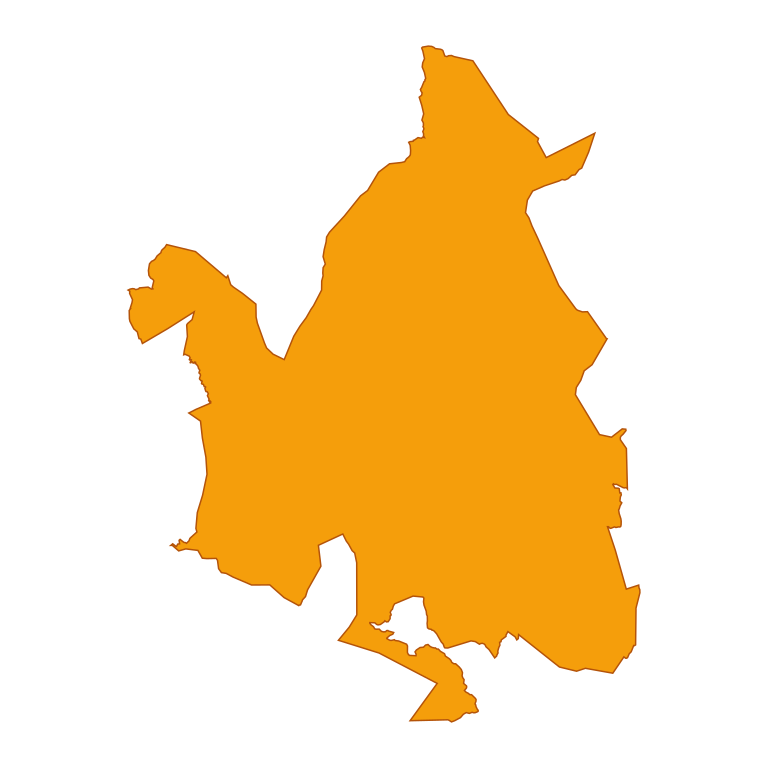 outline of Santiago Juxtlahuaca, Oaxaca, Mexico
{"feature_id": "50627088B28007976268142", "entity_name": "Santiago Juxtlahuaca", "entity_type": "district", "adm_level": 2, "iso_a3": "MEX", "parent_name": "Mexico", "parent_adm1": "Oaxaca", "projection": "natural_earth1", "projection_center": [-98.042, 17.208], "detail": "fine", "context": "isolated", "style": "filled", "palette": "amber", "viewbox_px": 768, "rotation_deg": 0, "n_neighbors": 0, "source": "geoboundaries", "source_scale": "gbopen_adm2", "svg_char_len": 6102}
<svg xmlns="http://www.w3.org/2000/svg" viewBox="0 0 768 768"><path d="M410.1,720.7L447.8,719.8L448.9,720.2L451.5,721.9L454.7,720.7L460.5,717.6L463.3,714.3L466.2,712.6L469.4,713.4L472.1,712.3L473.8,712.8L475.2,712.7L477.7,711.7L478.2,711.1L478.1,710.2L477.3,709.3L476.0,706.6L475.7,704.8L475.2,704.3L475.1,703.4L475.9,701.5L476.1,699.7L475.5,698.5L471.6,694.7L469.7,694.6L468.5,693.4L466.1,692.2L464.4,690.5L466.4,688.1L466.7,686.9L466.5,685.9L463.6,683.4L464.1,679.7L462.7,677.6L462.1,675.8L462.5,672.7L461.3,669.5L459.3,667.1L455.7,663.8L453.8,663.7L451.8,662.4L450.9,660.4L449.3,658.7L445.4,656.1L444.5,653.7L440.4,651.3L438.4,649.1L436.7,649.0L435.4,647.9L434.6,648.0L432.0,647.4L430.2,646.5L428.0,644.5L425.5,645.1L423.5,647.2L420.1,647.5L416.4,650.0L415.0,651.9L416.1,654.2L416.0,655.7L409.4,655.4L408.1,654.0L407.4,652.4L407.5,646.0L406.6,644.2L398.7,641.0L395.1,640.5L394.4,639.7L391.6,640.4L389.9,640.3L386.8,638.6L386.9,638.0L389.8,635.5L392.8,634.2L393.7,632.5L388.4,631.0L387.9,630.5L386.6,630.6L385.6,631.7L383.7,631.9L381.5,631.4L379.2,629.1L376.0,629.2L374.7,628.8L373.5,626.7L371.0,624.8L369.8,623.3L369.8,622.6L374.8,622.8L376.6,624.4L378.0,624.9L380.4,624.5L384.3,621.7L384.8,620.8L386.4,621.9L388.2,621.7L390.1,618.7L390.1,615.9L390.9,615.5L391.1,614.5L390.2,612.3L391.4,610.1L392.4,609.3L393.3,606.1L394.6,603.8L413.0,596.1L422.9,597.0L423.9,598.1L423.5,601.8L424.0,605.1L426.2,611.1L426.6,614.7L427.3,615.9L427.4,620.8L427.1,623.4L427.5,627.8L428.9,628.9L431.4,629.4L432.0,630.2L432.7,630.2L434.1,631.0L436.7,633.9L441.3,642.0L443.2,644.1L444.2,647.0L444.9,647.9L447.8,648.0L471.0,640.9L475.3,641.6L479.4,644.2L480.8,643.5L482.4,643.3L484.2,644.0L485.1,644.9L486.0,646.8L489.0,649.5L494.7,657.9L496.7,656.0L496.8,655.2L498.0,653.0L497.8,651.1L498.8,647.5L499.9,645.2L499.6,642.3L501.0,641.7L501.3,639.9L506.0,636.4L506.0,635.1L507.9,631.6L515.1,636.8L516.8,639.9L518.3,638.6L518.6,634.6L559.4,667.0L576.6,671.2L585.4,668.3L612.8,673.2L623.9,656.9L625.5,658.2L626.7,658.2L627.6,657.5L629.2,653.8L631.2,651.8L633.7,645.5L634.4,645.7L635.6,644.9L636.0,608.1L639.9,592.8L639.8,589.7L639.0,587.8L638.7,585.1L626.3,589.1L615.3,550.2L607.5,526.7L608.4,526.7L610.1,528.3L610.9,528.3L614.5,526.9L615.9,527.5L618.5,526.9L619.9,527.0L620.7,526.5L621.1,524.9L621.2,521.4L620.9,518.9L619.2,513.6L618.7,510.5L618.7,509.6L619.2,509.0L620.1,505.9L621.8,502.8L620.0,501.1L620.0,500.2L620.4,496.8L621.3,494.9L620.9,492.8L619.8,492.9L619.2,488.7L618.3,488.2L614.9,488.0L612.8,484.5L613.4,483.8L614.1,484.4L616.6,484.3L623.0,487.6L624.3,487.9L626.4,487.6L627.4,488.9L626.4,448.5L620.4,439.8L620.3,438.2L620.4,437.2L621.1,436.0L623.2,434.1L626.0,430.6L625.8,429.2L622.2,428.9L611.5,437.2L599.5,434.6L575.4,394.7L576.3,387.5L580.8,380.3L584.2,370.8L592.1,364.7L607.1,338.8L606.5,338.7L587.5,311.7L582.4,311.9L577.4,310.2L575.7,308.7L558.8,285.6L537.7,238.1L532.0,226.0L528.9,217.8L525.5,212.7L527.4,200.1L532.7,191.0L544.6,185.8L559.3,180.9L562.0,179.5L564.9,180.0L568.0,178.7L571.8,175.3L575.1,174.8L579.0,169.6L581.7,168.1L588.6,152.1L594.8,133.2L546.2,157.6L537.5,141.6L538.5,138.4L508.3,114.5L472.9,60.8L454.1,56.6L451.5,55.5L448.6,55.7L446.9,56.6L444.8,56.0L442.9,50.6L441.8,49.7L440.3,49.2L435.3,48.6L433.9,47.4L431.7,46.4L428.3,46.1L422.5,47.1L421.7,48.0L422.9,51.2L424.5,58.7L422.7,62.9L422.2,67.0L424.4,72.4L425.7,78.4L424.9,79.8L424.9,81.0L424.0,81.6L421.6,87.5L420.4,89.4L421.1,91.3L422.1,92.8L421.6,95.3L419.2,97.2L421.8,105.5L423.7,113.9L421.9,120.1L423.4,122.9L423.4,125.7L423.0,126.7L423.8,128.2L423.8,129.2L422.8,131.6L423.6,133.8L423.5,135.7L424.5,137.6L422.6,137.1L421.5,138.3L418.0,137.6L414.1,140.3L413.4,140.3L413.1,141.3L410.1,141.6L408.7,142.3L410.2,145.4L410.6,150.5L410.4,154.4L410.0,155.5L408.6,157.1L406.6,158.7L404.7,161.7L401.4,162.5L389.5,163.8L378.6,172.2L367.6,190.5L360.6,195.8L344.3,216.1L329.5,232.2L326.6,237.0L326.1,241.9L324.2,249.7L323.1,256.7L325.3,264.1L323.1,267.7L322.8,273.1L323.1,275.8L321.7,281.0L321.6,290.1L313.5,305.7L311.0,309.3L306.2,317.7L300.0,326.1L293.8,336.2L284.2,359.6L273.1,354.2L266.6,348.0L264.5,343.1L257.4,323.2L256.1,317.1L255.9,304.1L242.4,293.3L233.4,287.1L230.7,284.7L227.8,275.7L226.3,277.8L195.5,251.6L166.6,244.6L164.9,247.3L162.1,249.8L161.2,251.3L161.0,252.6L157.2,255.8L155.1,259.2L153.4,260.5L151.5,261.4L149.5,263.8L148.4,270.5L148.9,275.3L150.6,278.0L153.0,279.5L153.8,280.9L152.2,287.6L152.9,288.8L151.5,289.1L148.1,287.1L139.4,287.9L138.6,288.9L135.8,289.6L134.2,288.8L132.5,288.6L130.1,289.1L128.1,290.1L129.8,291.2L129.6,293.4L132.5,299.7L132.0,302.6L130.2,308.3L130.6,308.5L129.2,310.5L129.4,318.8L129.9,321.3L133.8,328.9L137.3,331.9L139.0,338.6L140.8,339.1L142.4,343.5L167.6,328.7L194.2,311.8L192.1,319.6L187.5,323.6L186.7,325.0L187.4,336.6L184.3,350.6L183.7,354.8L185.1,354.3L189.2,356.1L190.1,357.7L189.3,359.6L189.5,359.9L190.2,359.5L191.3,359.8L190.2,362.6L190.8,362.8L191.7,361.6L192.5,362.0L192.8,362.9L193.8,363.1L194.8,362.0L195.6,362.3L195.4,363.7L196.2,364.0L198.0,366.3L198.5,368.4L199.8,370.2L199.0,372.6L199.2,373.3L200.3,374.1L200.5,375.4L199.5,378.4L199.6,379.1L201.1,380.8L201.7,380.7L202.1,381.3L201.5,383.4L201.9,384.0L203.4,384.4L204.2,386.6L205.1,386.6L205.6,387.0L204.9,388.4L205.7,391.1L206.1,391.6L207.3,391.8L208.3,393.8L207.4,395.7L209.1,399.1L208.6,400.3L209.4,401.7L210.0,400.9L210.7,401.5L210.7,403.0L209.6,403.5L196.1,409.3L188.8,413.0L200.5,421.1L202.4,438.1L205.9,457.2L207.0,474.3L202.6,495.2L197.3,512.6L195.9,528.4L196.9,532.0L190.8,537.5L189.9,538.4L189.0,540.8L186.5,543.3L185.4,542.6L183.9,542.4L180.1,539.4L179.1,540.3L179.6,543.8L177.7,544.1L176.5,546.4L175.8,546.2L172.7,543.8L170.8,545.4L172.3,545.4L178.7,550.9L185.8,548.9L197.9,550.4L202.3,558.2L206.8,558.6L216.2,558.4L217.5,560.3L218.6,568.7L221.4,572.6L226.2,573.4L233.1,577.1L251.6,585.0L269.8,584.9L284.1,597.6L298.8,605.6L299.2,605.1L300.5,604.9L302.3,600.7L302.4,600.0L305.5,596.6L307.6,589.8L320.9,566.2L318.4,545.3L342.8,534.0L346.3,541.1L348.6,544.2L352.1,550.6L354.7,553.0L356.7,562.8L356.8,614.9L349.2,627.2L338.4,640.3L379.0,653.0L437.2,683.4L410.1,720.7Z" fill="#f59e0b" stroke="#b45309" stroke-width="1.5"/></svg>